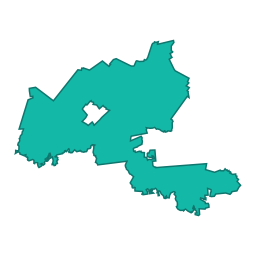 the district of Olaines pag., Olaines, Latvia
{"feature_id": "27541924B81919348432461", "entity_name": "Olaines pag.", "entity_type": "district", "adm_level": 2, "iso_a3": "LVA", "parent_name": "Latvia", "parent_adm1": "Olaines", "projection": "mercator", "projection_center": [24.014, 56.772], "detail": "fine", "context": "isolated", "style": "filled", "palette": "teal", "viewbox_px": 256, "rotation_deg": 0, "n_neighbors": 0, "source": "geoboundaries", "source_scale": "gbopen_adm2", "svg_char_len": 5860}
<svg xmlns="http://www.w3.org/2000/svg" viewBox="0 0 256 256"><path d="M135.0,191.0L142.4,191.5L143.0,193.2L142.1,193.7L142.0,194.2L143.0,194.1L143.1,194.7L147.7,194.0L147.4,191.9L147.6,191.3L146.6,190.7L146.2,189.6L147.7,188.8L148.5,190.0L149.9,190.4L150.1,191.4L149.2,191.6L149.5,193.7L153.6,193.1L152.5,192.2L150.2,191.8L150.0,190.4L150.4,190.4L150.3,189.9L150.9,189.5L151.3,189.9L151.2,190.5L151.8,190.8L152.4,190.4L151.9,189.1L154.3,189.1L155.4,188.3L156.4,189.1L157.0,190.2L157.4,191.4L157.0,192.6L157.9,192.4L158.2,195.7L159.3,195.5L158.6,192.8L158.6,191.4L158.9,190.8L159.6,191.0L160.2,191.6L161.3,194.0L163.3,195.6L164.1,198.2L165.2,198.5L165.8,198.4L165.4,197.1L166.4,196.0L167.0,197.7L169.2,197.9L169.6,195.5L170.7,193.1L173.5,191.7L174.6,191.8L175.2,192.4L174.1,194.1L175.7,195.8L175.9,196.5L175.7,197.6L175.3,198.7L176.1,200.6L177.1,201.5L177.5,204.4L177.3,204.7L177.4,206.0L176.4,206.6L176.8,207.6L178.0,209.2L180.3,210.4L183.1,210.3L183.5,210.9L184.1,210.4L183.9,210.0L185.5,209.1L187.8,211.0L190.4,212.4L191.0,211.9L191.3,212.7L192.2,212.2L194.1,209.6L192.8,208.6L193.6,205.9L193.9,206.1L194.4,208.1L195.1,208.9L194.6,209.7L196.1,210.7L196.9,212.8L195.2,213.1L195.2,214.6L198.5,215.5L199.6,214.6L199.2,208.8L205.1,209.1L205.7,208.1L209.0,207.2L208.8,204.7L208.2,203.4L205.4,203.5L205.3,202.2L200.4,199.3L200.6,197.9L203.3,198.7L204.2,198.6L203.9,199.4L205.9,199.8L205.9,197.9L205.1,197.9L204.9,195.3L208.1,195.1L207.6,188.4L211.0,189.6L211.2,191.8L210.6,192.2L209.9,196.2L211.4,196.6L214.3,196.3L215.8,194.0L225.6,193.0L230.0,194.3L231.6,192.7L231.7,192.1L232.1,191.6L236.9,190.9L239.0,187.1L240.6,185.3L237.1,181.4L238.5,179.4L236.6,177.9L236.9,176.2L235.8,175.8L235.7,174.0L232.6,174.4L230.0,173.1L230.8,172.3L230.5,171.9L229.6,171.7L229.3,171.2L228.9,171.3L228.8,170.8L228.5,171.1L228.3,170.8L228.5,170.6L228.4,170.7L228.3,170.9L227.5,170.9L227.1,169.9L226.3,170.1L225.1,168.8L223.7,170.8L220.8,170.8L220.2,170.1L214.6,172.3L205.5,169.6L206.6,163.7L155.8,167.6L155.7,167.1L154.4,167.0L152.9,165.7L152.5,161.3L155.8,161.0L154.9,150.0L150.1,150.2L148.9,153.1L147.8,153.0L147.3,153.5L147.3,156.4L149.6,157.3L152.3,157.5L152.1,155.8L153.4,156.2L154.4,158.8L152.9,158.8L151.1,159.7L148.9,159.3L147.5,160.2L146.7,157.5L144.3,157.1L144.4,152.6L141.4,152.4L141.0,151.2L140.0,151.6L139.4,151.2L135.8,152.4L135.2,152.2L135.1,151.0L133.7,151.3L133.3,148.8L134.2,147.9L137.5,146.9L138.1,146.1L141.3,144.6L141.8,143.5L142.0,143.7L142.4,141.3L141.9,139.4L142.1,137.8L141.2,136.3L130.5,140.9L130.7,138.0L131.2,136.2L147.2,133.1L146.2,129.7L146.9,128.6L146.4,127.7L149.9,128.3L152.6,128.1L154.7,127.4L156.4,129.2L157.7,128.9L160.0,129.7L161.3,130.8L163.6,131.9L164.0,131.2L164.7,130.8L165.0,131.0L164.9,131.9L165.4,132.1L167.0,131.7L168.0,130.9L170.9,131.3L171.2,130.7L171.7,130.6L171.7,129.3L172.1,128.5L172.3,127.4L172.2,122.6L173.0,121.5L172.3,120.0L171.0,119.3L171.1,118.7L187.3,96.3L189.0,97.5L188.1,92.5L188.2,91.5L187.1,90.7L189.3,87.6L186.2,85.9L188.8,82.9L187.5,81.7L189.0,78.3L175.2,70.8L174.0,69.1L169.2,59.2L172.0,57.4L171.1,56.0L170.7,54.7L170.0,53.5L172.5,52.3L172.7,51.8L171.3,50.6L171.3,46.0L173.9,42.5L173.5,40.5L157.6,44.3L158.3,41.7L156.9,42.1L156.8,42.6L154.5,41.9L154.2,42.8L152.6,43.5L151.9,44.8L147.8,57.3L146.6,59.5L145.5,60.1L144.4,59.6L143.7,61.3L139.4,61.5L136.8,60.8L136.1,61.2L134.2,65.7L133.6,66.1L131.5,66.1L130.2,65.6L116.2,58.7L113.4,59.6L109.7,64.0L110.5,64.4L109.0,66.4L102.4,61.0L89.5,70.1L83.5,68.0L83.5,68.4L81.7,68.2L81.4,70.3L77.9,69.8L53.4,100.8L35.6,87.3L29.3,88.4L29.4,90.9L30.3,96.6L32.8,96.3L32.9,97.9L28.1,99.8L19.1,129.1L23.5,128.9L23.1,130.7L22.3,131.7L22.0,134.0L20.3,136.1L19.9,138.2L19.3,138.5L19.7,139.9L19.6,141.1L18.9,142.4L18.3,142.9L17.8,144.8L17.9,145.2L19.0,146.1L18.9,149.6L18.5,150.5L17.5,150.8L15.7,150.4L15.7,152.3L15.4,153.4L18.3,151.7L19.9,152.9L19.9,154.0L24.1,155.7L24.0,155.2L25.9,154.7L25.7,156.3L26.4,157.1L27.5,157.1L27.8,157.7L27.5,159.2L27.8,159.6L27.6,159.8L27.7,160.1L29.0,160.8L32.7,159.5L33.7,160.1L34.0,160.5L33.9,163.3L34.6,163.6L34.9,162.6L37.6,162.7L37.8,163.6L37.6,164.5L38.3,166.7L39.0,167.5L41.5,166.0L42.3,165.1L42.2,164.7L40.7,164.0L42.0,163.4L43.4,165.0L44.6,164.1L44.8,163.2L44.3,162.4L45.2,161.1L46.5,160.9L46.2,159.7L45.2,159.1L47.4,157.6L49.2,154.0L49.2,153.5L50.1,153.3L50.7,156.0L50.0,155.7L49.3,156.1L47.1,160.2L46.9,160.1L46.8,161.2L47.6,161.1L49.1,159.1L51.0,157.3L51.1,157.8L52.5,157.0L53.2,160.7L52.7,163.0L52.0,164.2L52.2,164.7L53.2,164.0L54.1,165.6L55.4,165.3L55.9,164.0L57.4,163.5L56.9,161.9L57.0,161.7L56.7,161.4L57.1,160.3L57.5,160.3L58.0,159.6L57.4,158.7L57.8,157.7L56.9,156.9L55.2,156.9L55.1,156.5L56.2,155.9L57.1,154.8L62.4,153.7L62.4,153.1L63.0,153.2L64.3,152.3L64.5,152.0L64.4,151.3L64.9,150.7L65.4,150.6L65.6,151.4L66.3,151.7L68.6,148.8L69.2,149.1L69.3,150.3L69.0,151.4L68.6,151.7L69.1,152.5L69.9,152.3L71.0,152.4L71.0,152.8L72.3,152.6L74.6,149.8L76.7,151.7L78.8,151.2L80.0,150.5L80.2,151.1L81.0,150.9L81.4,151.7L84.0,152.2L84.5,151.6L86.0,151.8L86.9,151.1L87.6,149.0L90.1,148.4L90.8,147.6L90.7,146.1L91.3,145.5L92.1,145.6L92.3,144.7L93.9,144.8L94.8,145.1L93.8,145.9L93.8,147.9L93.1,152.3L93.9,154.5L93.9,155.4L94.9,155.9L95.6,155.7L95.7,156.8L96.6,158.5L95.5,162.4L96.4,162.7L97.4,163.9L97.7,164.9L127.0,161.2L125.3,165.1L125.4,166.1L125.7,167.3L126.1,167.8L126.4,169.1L128.3,170.8L129.2,173.1L130.0,174.1L130.9,174.3L133.6,176.7L130.2,182.9L132.5,186.0L132.0,186.7L132.4,187.8L133.3,188.0L134.4,187.4L135.1,187.6L134.9,189.6L135.0,191.0ZM93.5,102.3L93.5,103.7L93.1,104.4L96.7,105.0L99.3,108.8L103.1,105.5L104.1,106.8L105.6,107.5L106.4,108.4L106.0,109.0L109.6,110.3L101.7,117.5L100.0,119.6L94.1,125.3L93.6,124.6L93.5,123.8L92.2,122.0L88.1,125.5L86.8,124.3L82.1,121.5L85.6,117.9L87.2,115.0L82.4,109.2L82.5,108.7L85.9,104.2L86.8,105.0L87.2,104.8L90.0,101.3L90.9,100.9L90.7,101.5L93.5,102.3Z" fill="#14b8a6" stroke="#0f766e" stroke-width="1.5"/></svg>